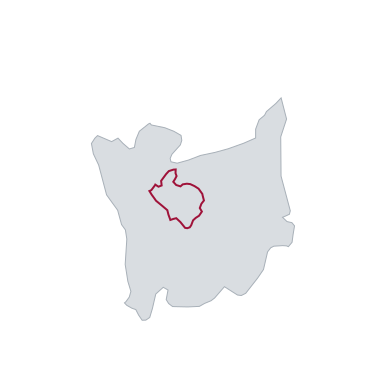 where Kolašin sits in Montenegro, rotated 221°
{"feature_id": "MNE-1512", "entity_name": "Kolašin", "entity_type": "Municipality", "adm_level": 1, "iso_a3": "MNE", "parent_name": "Montenegro", "parent_adm1": "", "projection": "albers", "projection_center": [19.443, 42.798], "detail": "fine", "context": "in_parent", "style": "outline", "palette": "rose", "viewbox_px": 384, "rotation_deg": 221, "n_neighbors": 0, "source": "natural_earth", "source_scale": "10m", "svg_char_len": 1910}
<svg xmlns="http://www.w3.org/2000/svg" viewBox="0 0 384 384"><g transform="rotate(221 192 192)"><path d="M170.2,64.0L169.9,65.9L170.4,71.5L172.9,76.9L181.8,82.5L194.9,93.5L210.3,113.7L217.4,119.7L223.8,121.2L236.2,129.5L244.9,131.5L254.6,133.8L280.1,151.1L291.5,156.1L299.7,162.6L300.6,168.8L300.3,172.6L285.7,177.3L283.2,184.1L276.1,183.4L267.5,183.4L264.7,187.8L268.8,194.9L271.6,203.3L269.5,214.8L268.8,216.3L266.7,215.9L254.6,222.7L245.6,225.9L237.4,227.5L233.6,224.3L231.7,219.9L231.9,207.3L230.5,203.0L227.7,201.0L222.1,204.0L215.6,213.8L209.6,225.1L200.6,237.0L193.1,248.3L185.0,262.7L179.4,274.5L185.2,281.2L188.7,290.5L187.6,297.5L188.6,301.6L186.8,313.8L186.5,321.5L168.5,309.1L161.2,291.8L135.2,262.4L105.5,242.3L103.9,239.1L105.6,235.3L107.1,232.3L100.9,232.0L96.5,234.4L92.4,233.7L87.8,226.2L83.5,219.7L83.4,214.0L85.4,213.3L88.4,211.0L94.7,204.8L96.0,201.5L95.7,196.4L87.2,180.4L86.0,170.0L85.0,150.8L86.9,146.2L90.1,144.1L105.4,141.8L105.4,126.8L106.3,122.4L109.4,116.2L111.4,110.5L119.9,102.4L131.5,92.8L136.5,92.5L140.9,93.9L145.8,102.3L151.2,101.2L152.4,91.2L145.4,78.0L141.6,69.6L142.8,65.0L145.5,62.5L151.6,64.1L157.3,66.4L161.0,64.9L166.8,63.7L170.2,64.0Z" fill="#d9dde1" stroke="#a8b0b8" stroke-width="1"/><path d="M171.7,183.7L171.1,178.7L172.2,174.9L172.6,171.3L171.5,168.3L170.8,166.4L170.5,163.9L171.8,161.6L173.7,160.4L181.0,161.7L186.7,161.9L188.5,159.3L190.0,156.7L190.3,156.9L195.0,159.5L198.7,162.1L205.8,162.0L213.4,161.8L217.5,162.8L220.6,163.5L224.8,164.8L223.9,166.7L224.4,173.2L224.5,173.5L220.8,174.0L219.2,177.0L220.9,178.6L222.6,180.1L222.9,183.5L223.3,188.6L223.2,192.6L220.7,196.7L219.1,198.3L216.8,195.4L214.1,193.9L213.3,190.7L212.8,187.4L208.5,186.9L204.4,188.7L204.0,191.7L201.3,194.9L198.5,196.8L194.0,198.1L189.2,198.8L182.9,197.3L181.9,196.5L177.4,193.4L177.3,191.1L177.2,189.3L175.6,185.0L171.7,183.7Z" fill="none" stroke="#9f1239" stroke-width="2"/></g></svg>